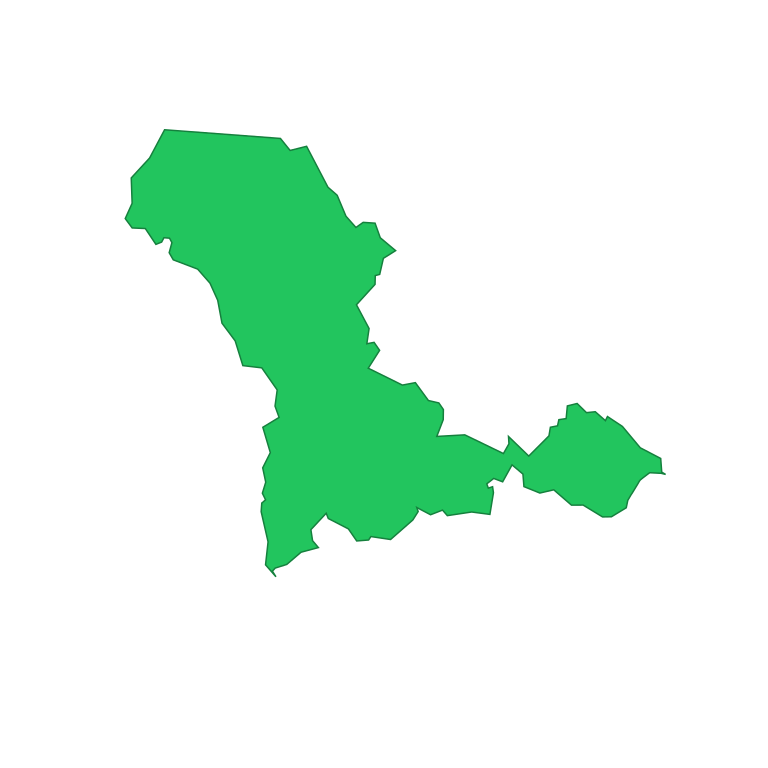 the district of Valandovo, Valandovo, North Macedonia, rotated 14°
{"feature_id": "65306769B91068225618475", "entity_name": "Valandovo", "entity_type": "district", "adm_level": 2, "iso_a3": "MKD", "parent_name": "North Macedonia", "parent_adm1": "Valandovo", "projection": "mercator", "projection_center": [22.574, 41.338], "detail": "fine", "context": "isolated", "style": "filled", "palette": "green", "viewbox_px": 768, "rotation_deg": 14, "n_neighbors": 0, "source": "geoboundaries", "source_scale": "gbopen_adm2", "svg_char_len": 1763}
<svg xmlns="http://www.w3.org/2000/svg" viewBox="0 0 768 768"><g transform="rotate(14 384 384)"><path d="M133.9,300.1L135.1,295.3L140.6,294.4L144.0,298.1L143.8,308.6L149.5,314.5L175.4,317.6L190.8,328.3L202.4,343.0L212.1,364.2L229.2,378.2L242.6,400.3L261.5,397.9L281.8,415.6L283.6,431.8L290.3,441.8L276.9,455.3L290.3,478.1L286.6,494.7L293.0,507.9L292.4,519.4L297.1,525.0L294.2,529.1L295.7,537.6L309.7,565.2L312.8,588.1L325.8,597.2L321.0,592.6L323.0,588.9L333.3,582.6L344.2,567.3L359.9,558.6L352.6,553.3L348.3,543.0L359.2,523.4L362.5,528.0L384.5,533.2L395.5,542.9L406.8,539.1L408.2,535.2L428.0,533.3L444.9,508.9L448.0,499.5L445.7,495.9L460.8,499.6L471.3,492.2L477.3,496.4L500.0,487.0L518.3,484.9L516.5,463.0L514.2,457.4L510.4,459.8L507.9,456.0L513.3,449.1L522.8,450.2L527.8,431.5L540.6,437.8L544.6,449.7L561.6,452.1L574.3,445.6L595.2,456.2L606.5,453.3L628.2,460.1L636.8,457.8L649.0,445.5L648.7,437.9L650.5,431.8L651.3,429.6L654.3,420.0L655.3,416.5L655.9,415.1L657.7,412.7L661.7,407.7L663.3,405.8L674.5,403.6L679.1,403.6L674.8,402.3L670.5,389.3L648.1,383.9L625.6,367.5L608.7,361.5L607.7,366.0L595.7,359.8L587.4,362.8L576.1,356.2L567.2,360.9L569.1,373.5L562.3,376.3L562.5,382.6L555.9,385.7L556.6,394.4L541.9,418.9L517.5,404.8L519.7,411.8L516.7,422.6L474.7,413.8L447.9,422.1L450.1,404.3L447.8,394.4L441.8,389.1L431.1,389.3L414.1,375.1L402.1,380.6L364.9,372.5L371.6,352.4L364.3,346.0L357.6,349.1L356.1,333.8L338.1,313.8L351.2,289.5L349.3,280.9L353.3,278.7L353.0,262.2L363.0,251.8L345.0,243.0L336.4,230.1L324.7,232.2L318.9,238.9L306.5,230.4L292.9,212.2L282.0,206.6L251.4,172.1L236.4,180.1L224.1,170.8L109.6,190.4L101.9,221.4L88.9,245.2L95.9,269.6L92.9,286.1L101.9,293.5L114.8,290.9L128.9,303.7L133.9,300.1Z" fill="#22c55e" stroke="#15803d" stroke-width="1.5"/></g></svg>